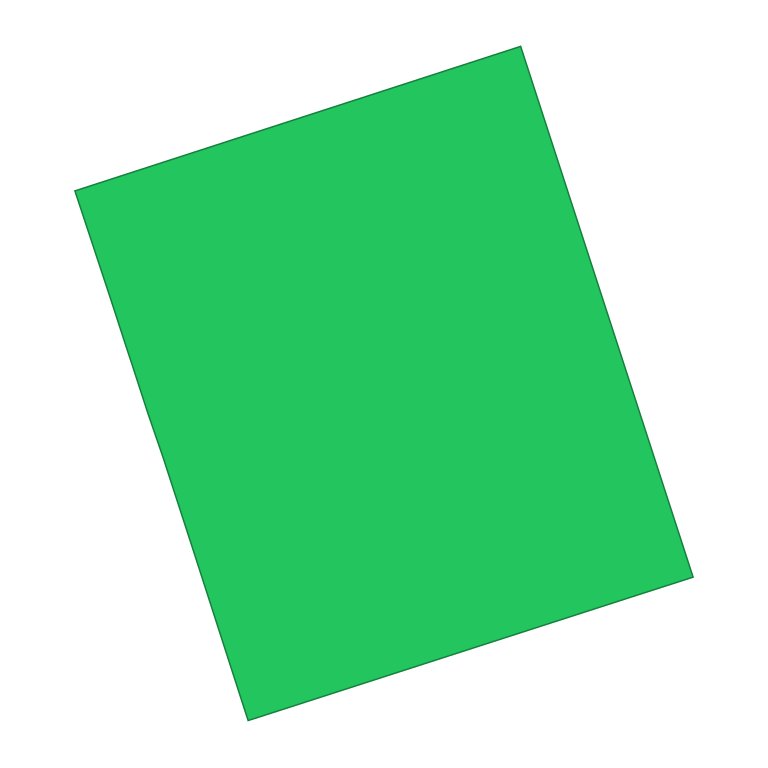 Mitchell, Iowa, United States of America (Albers equal-area conic projection), rotated 252°
{"feature_id": "52423323B1744972810142", "entity_name": "Mitchell", "entity_type": "district", "adm_level": 2, "iso_a3": "USA", "parent_name": "United States of America", "parent_adm1": "Iowa", "projection": "albers", "projection_center": [-92.779, 43.357], "detail": "fine", "context": "isolated", "style": "filled", "palette": "green", "viewbox_px": 768, "rotation_deg": 252, "n_neighbors": 0, "source": "geoboundaries", "source_scale": "gbopen_adm2", "svg_char_len": 363}
<svg xmlns="http://www.w3.org/2000/svg" viewBox="0 0 768 768"><g transform="rotate(252 384 384)"><path d="M105.9,150.8L105.0,548.6L104.8,618.3L662.9,618.3L663.2,149.7L549.6,150.3L544.7,150.3L521.9,150.3L502.4,150.3L498.0,150.3L480.8,150.4L427.9,150.4L382.7,151.2L288.1,151.2L125.4,150.8L105.9,150.8Z" fill="#22c55e" stroke="#15803d" stroke-width="1.5"/></g></svg>